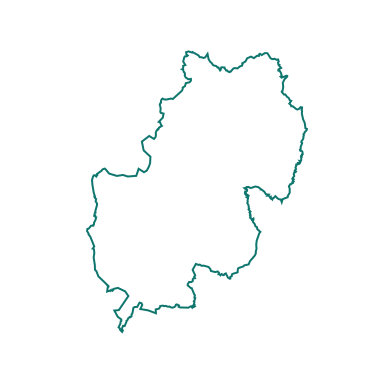 Hidalgo, Michoacán, Mexico (Natural Earth projection), rotated 192°
{"feature_id": "50627088B4017945101472", "entity_name": "Hidalgo", "entity_type": "district", "adm_level": 2, "iso_a3": "MEX", "parent_name": "Mexico", "parent_adm1": "Michoacán", "projection": "natural_earth1", "projection_center": [-100.689, 19.626], "detail": "fine", "context": "isolated", "style": "outline", "palette": "teal", "viewbox_px": 384, "rotation_deg": 192, "n_neighbors": 0, "source": "geoboundaries", "source_scale": "gbopen_adm2", "svg_char_len": 6010}
<svg xmlns="http://www.w3.org/2000/svg" viewBox="0 0 384 384"><g transform="rotate(192 192 192)"><path d="M227.2,310.0L226.1,309.7L224.9,307.6L224.2,307.4L223.3,305.8L223.4,304.6L222.1,302.8L219.1,301.5L216.6,302.4L216.2,301.2L216.5,299.9L217.4,298.7L220.7,297.2L220.9,294.0L222.8,292.2L222.5,291.1L222.9,289.0L230.1,279.0L232.1,279.0L236.2,277.1L238.9,276.8L240.1,277.3L240.9,276.5L241.3,274.7L240.9,272.9L241.5,272.1L241.7,270.7L240.0,267.3L239.7,263.9L239.0,262.9L236.1,262.8L236.0,258.7L239.1,253.7L237.8,253.6L236.1,251.1L235.2,250.4L237.7,248.1L237.8,246.7L238.4,245.8L238.8,246.0L239.3,245.0L239.8,242.6L239.1,240.1L239.1,238.1L240.2,236.0L245.5,237.9L251.5,230.9L247.9,222.6L240.0,217.9L239.0,211.5L239.4,208.0L240.7,203.5L243.1,201.4L249.0,203.6L249.9,196.2L258.1,193.8L263.1,194.3L268.9,192.1L276.9,192.8L281.1,196.1L282.1,196.8L282.6,196.6L284.3,195.4L284.9,194.0L288.5,190.1L288.1,189.0L288.6,187.9L288.9,188.2L289.0,187.3L290.4,188.1L291.5,187.9L292.0,186.6L292.3,182.9L290.6,177.5L287.8,170.5L286.5,168.4L286.7,167.6L286.2,166.8L285.8,166.9L285.7,166.0L284.3,165.2L284.3,162.8L282.5,161.0L282.2,159.3L282.6,153.2L282.1,151.9L282.6,151.6L282.7,148.5L281.8,148.7L281.8,148.0L280.9,147.1L280.5,147.2L280.6,144.6L281.4,141.6L281.2,139.8L281.7,139.4L281.5,138.6L283.7,138.0L285.5,134.6L286.6,134.2L286.6,132.1L284.4,129.7L284.4,129.0L282.3,127.3L276.3,118.4L277.3,116.0L276.4,116.0L275.8,115.0L274.8,111.7L274.6,107.5L271.9,100.5L270.7,95.7L269.1,94.7L266.0,90.0L254.6,82.9L254.9,82.6L254.0,82.0L254.6,80.6L254.3,77.0L252.2,78.3L251.5,78.1L251.0,79.1L249.7,78.8L249.6,79.9L248.9,79.5L248.2,81.1L244.5,82.8L236.7,80.9L232.6,77.0L239.0,61.3L243.3,59.9L238.7,54.5L234.7,52.7L234.3,51.3L234.9,50.7L234.7,48.3L235.7,44.4L234.3,43.6L233.9,42.5L231.3,40.6L230.8,42.1L232.2,43.5L231.6,46.8L230.0,46.9L229.1,51.7L229.3,52.3L228.5,53.3L228.1,55.3L226.9,56.8L226.3,56.6L225.3,57.9L225.7,59.7L225.1,60.7L225.2,66.7L224.0,67.6L221.7,68.2L220.3,72.9L218.3,72.7L217.2,71.2L218.2,66.8L210.2,67.1L202.1,65.9L203.1,69.6L200.1,71.0L199.1,73.5L199.3,73.8L198.6,74.2L196.8,74.8L195.7,74.5L194.2,75.1L191.5,74.8L190.3,75.3L188.8,74.8L187.1,74.8L185.3,75.8L184.5,77.0L184.3,78.4L183.4,78.9L181.1,78.3L181.3,77.0L179.6,76.6L171.5,78.1L169.2,80.1L167.8,79.0L167.5,80.5L166.5,79.8L165.4,80.8L166.4,81.5L166.2,82.1L166.8,82.2L166.7,84.8L167.5,85.4L167.0,86.4L166.8,89.0L167.7,89.2L167.7,91.7L168.5,92.3L172.3,97.9L173.2,97.8L176.8,99.8L177.0,100.9L176.1,103.4L174.0,103.7L172.7,105.1L173.1,106.7L172.8,107.6L171.2,108.3L172.3,109.6L171.5,110.9L171.7,111.4L175.2,116.0L173.2,122.5L170.5,122.0L169.3,122.6L167.3,121.8L165.3,122.4L160.2,122.1L157.9,120.3L157.1,118.7L152.6,118.5L150.3,119.6L148.9,118.7L149.0,117.1L147.8,117.2L146.9,116.4L146.0,117.9L144.1,117.1L143.5,117.4L143.0,118.7L142.0,119.4L139.0,115.7L137.0,115.0L136.5,115.3L136.9,116.9L135.6,118.0L135.8,119.5L135.5,120.2L130.7,122.9L131.1,126.2L130.7,127.3L126.4,129.8L125.6,131.1L121.5,133.0L121.0,136.2L117.3,143.0L116.8,145.5L117.2,146.5L117.1,150.0L118.2,153.7L118.6,157.8L117.6,165.7L116.8,167.2L120.4,169.2L121.1,171.1L122.8,171.6L124.1,173.8L125.8,175.1L126.4,176.1L126.1,178.0L126.4,178.8L127.8,177.3L128.4,178.2L129.8,178.9L129.5,179.8L130.1,180.5L129.8,180.9L130.6,181.6L130.2,182.3L131.5,183.9L130.7,184.9L133.0,186.6L132.6,187.5L133.3,188.3L133.3,189.3L134.4,191.4L135.6,192.6L135.5,194.3L135.9,195.2L135.9,197.6L137.5,198.3L136.9,198.9L136.3,198.6L135.8,200.1L137.2,200.8L138.5,200.3L139.1,200.8L138.7,201.1L138.8,201.8L139.6,201.9L139.5,202.4L140.1,202.5L140.1,203.6L138.5,204.4L138.5,205.6L139.2,206.2L140.5,206.1L141.5,206.7L140.5,207.1L139.4,208.3L137.7,208.7L136.2,208.1L134.7,208.4L131.3,210.5L128.3,210.6L125.3,209.2L125.3,208.8L124.6,208.9L121.4,207.4L119.1,205.1L116.5,205.4L117.2,204.2L116.3,204.5L114.8,203.2L114.0,203.7L113.8,202.1L113.0,201.7L112.7,202.0L112.1,201.6L112.2,202.5L111.3,202.5L109.6,205.3L107.2,203.7L105.4,203.0L103.6,203.1L102.1,200.7L101.9,203.8L97.3,206.8L97.5,208.0L96.3,211.5L97.1,215.5L98.4,217.7L97.5,220.0L96.9,220.1L96.7,220.8L95.2,221.6L95.2,222.7L95.7,222.9L95.4,223.4L95.6,223.9L95.1,223.9L96.3,225.4L95.4,225.8L96.4,226.6L95.3,228.9L96.3,230.9L95.8,233.1L94.9,232.9L94.5,233.6L95.9,234.5L95.0,236.1L95.9,237.6L95.5,239.0L95.8,240.5L94.7,240.9L94.6,242.4L93.9,242.6L93.4,241.7L92.6,242.2L92.2,243.9L93.2,244.8L92.1,244.9L91.8,245.7L92.3,248.3L92.0,248.9L92.7,249.2L92.8,250.0L92.1,250.6L92.3,251.0L91.7,251.8L92.1,252.1L91.8,252.8L92.5,254.5L93.8,255.2L94.5,254.8L95.2,255.8L94.7,257.0L95.1,258.7L94.4,262.6L94.5,263.0L95.4,263.4L95.4,264.7L94.6,266.1L94.2,268.1L94.6,269.2L94.3,270.4L95.0,271.6L94.2,272.9L94.3,273.9L92.8,276.1L92.7,277.6L94.3,277.9L96.1,283.0L98.5,286.3L100.9,291.6L101.1,293.8L102.1,295.6L101.7,296.0L101.9,297.6L103.4,297.6L104.8,295.4L106.1,294.6L107.3,294.8L111.2,296.8L112.7,296.5L113.3,297.5L115.2,298.7L113.9,301.7L115.4,302.1L117.0,304.1L118.9,304.9L121.0,306.8L122.2,306.4L125.0,308.5L125.1,309.0L124.5,309.4L124.6,313.7L125.9,317.6L124.9,321.7L123.1,324.2L122.9,325.2L123.5,325.5L128.2,322.5L129.4,323.3L128.4,324.4L129.7,326.9L131.5,328.8L132.7,328.6L133.0,329.2L132.9,329.9L130.6,331.9L133.3,333.9L133.1,334.5L133.9,334.5L134.8,336.7L134.3,337.6L135.3,339.5L136.5,338.9L138.9,339.5L140.5,338.8L142.0,338.8L143.2,339.4L146.9,343.3L147.7,343.4L149.6,343.0L152.3,340.4L154.3,341.3L154.9,340.7L154.9,339.0L156.7,338.8L159.3,335.8L162.4,336.7L165.8,334.3L166.9,330.7L169.6,328.4L169.5,327.8L169.1,327.7L169.3,326.0L171.5,324.6L173.1,322.4L176.0,322.1L177.3,321.3L179.2,317.8L179.8,317.8L180.1,317.1L181.8,317.3L183.0,318.2L183.7,317.9L185.8,319.8L186.0,320.5L188.8,320.2L189.4,319.8L189.4,317.1L189.8,316.7L192.0,319.3L192.8,319.0L194.4,320.2L197.7,320.4L199.4,322.1L201.5,323.3L203.5,325.6L205.5,330.3L207.1,326.4L208.6,325.5L210.6,325.8L212.5,325.5L214.1,327.0L220.6,329.0L220.9,328.4L224.5,328.8L226.8,327.6L226.1,325.4L224.5,324.6L225.4,323.6L227.2,323.1L227.6,322.0L227.7,317.7L224.9,314.8L226.9,313.5L226.3,310.7L227.2,310.0Z" fill="none" stroke="#0f766e" stroke-width="2"/></g></svg>